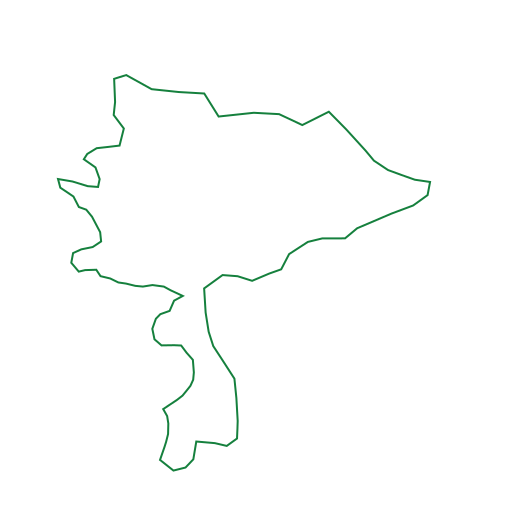 outline of Agia Varvara Lefkosias, Nicosia, Cyprus, rotated 261°
{"feature_id": "46923920B36952304373439", "entity_name": "Agia Varvara Lefkosias", "entity_type": "district", "adm_level": 2, "iso_a3": "CYP", "parent_name": "Cyprus", "parent_adm1": "Nicosia", "projection": "robinson", "projection_center": [33.352, 34.985], "detail": "fine", "context": "isolated", "style": "outline", "palette": "green", "viewbox_px": 512, "rotation_deg": 261, "n_neighbors": 0, "source": "geoboundaries", "source_scale": "gbopen_adm2", "svg_char_len": 1459}
<svg xmlns="http://www.w3.org/2000/svg" viewBox="0 0 512 512"><g transform="rotate(261 256 256)"><path d="M453.2,143.6L430.1,140.9L417.5,137.5L402.6,145.4L386.4,138.5L386.9,126.1L387.4,115.5L383.2,105.3L378.5,101.1L368.6,111.3L356.4,113.6L348.9,110.8L351.3,100.7L358.3,86.4L363.0,72.5L354.1,73.4L343.3,85.0L332.1,88.7L328.3,95.6L320.4,100.2L303.9,105.8L294.6,105.3L290.4,96.1L289.9,84.5L287.5,75.8L278.2,72.5L268.3,78.5L268.8,85.0L267.4,96.1L260.4,99.3L256.6,108.5L251.4,115.9L249.1,123.3L245.4,132.1L243.5,139.5L243.5,149.2L240.2,160.2L235.5,166.3L228.0,177.4L224.7,168.1L215.3,162.1L213.5,152.4L209.7,147.3L200.3,142.2L189.6,142.7L182.5,148.7L180.7,161.2L179.3,168.1L171.3,172.3L163.3,177.4L150.7,176.4L143.6,174.6L138.0,170.9L133.8,166.3L129.6,161.6L126.3,155.6L122.5,147.3L119.3,140.4L111.8,143.2L104.3,143.2L93.9,141.3L86.4,138.1L81.8,135.8L69.6,129.3L57.0,140.9L58.1,153.3L65.0,162.3L82.1,168.0L77.6,186.1L73.0,197.4L78.7,208.7L88.1,210.6L95.9,212.1L118.8,214.4L138.2,215.5L158.8,206.4L173.7,199.7L188.6,197.4L208.0,197.4L232.1,199.7L242.4,220.0L238.9,234.7L232.1,248.3L236.6,266.4L238.9,278.8L252.7,289.0L261.8,309.4L263.0,324.1L259.5,346.7L267.6,360.3L276.7,396.5L281.3,419.1L289.3,435.0L301.9,439.5L306.5,424.8L313.3,412.3L320.2,399.9L331.7,387.4L343.1,380.6L367.1,364.8L387.1,350.5L378.1,322.2L392.5,301.0L397.8,276.2L399.6,240.9L424.6,230.3L430.0,205.5L437.1,179.0L455.0,156.1L453.2,143.6Z" fill="none" stroke="#15803d" stroke-width="2"/></g></svg>